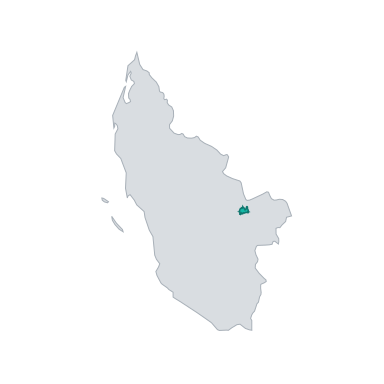 location of Guinope, El Paraíso, Honduras, rotated 253°
{"feature_id": "27666195B48819141488377", "entity_name": "Guinope", "entity_type": "district", "adm_level": 2, "iso_a3": "HND", "parent_name": "Honduras", "parent_adm1": "El Paraíso", "projection": "mercator", "projection_center": [-86.952, 13.873], "detail": "fine", "context": "in_parent", "style": "filled", "palette": "teal", "viewbox_px": 384, "rotation_deg": 253, "n_neighbors": 0, "source": "geoboundaries", "source_scale": "gbopen_adm2", "svg_char_len": 4326}
<svg xmlns="http://www.w3.org/2000/svg" viewBox="0 0 384 384"><g transform="rotate(253 192 192)"><path d="M341.7,180.1L329.3,179.3L323.4,180.9L320.9,184.3L318.6,185.9L316.8,185.5L313.1,186.9L307.5,190.0L302.4,191.1L297.9,190.4L296.6,191.1L296.2,192.2L295.5,193.1L293.8,193.7L291.8,193.4L289.5,192.3L288.3,192.8L288.2,194.8L287.0,195.3L284.7,194.4L282.1,195.1L279.2,197.5L275.1,198.0L269.9,196.6L265.8,194.0L263.0,190.2L259.5,189.2L253.5,192.1L251.0,195.4L250.5,197.4L251.0,199.3L249.9,200.5L247.1,201.1L245.0,203.4L243.6,207.3L243.3,210.3L244.1,212.5L242.8,214.0L239.1,215.0L234.8,218.4L229.8,224.1L224.8,228.1L219.9,230.4L217.5,232.9L217.7,235.7L217.4,236.6L216.4,236.9L214.8,237.3L205.3,231.3L202.6,227.1L200.2,227.7L197.3,229.8L193.1,234.5L188.5,241.0L186.4,241.7L175.1,240.7L169.1,241.3L167.9,242.2L167.4,244.5L167.7,247.7L169.3,259.0L170.3,263.6L169.4,265.1L166.3,265.3L162.4,266.0L160.2,268.1L159.7,270.3L159.5,273.4L158.3,276.5L155.8,278.8L153.4,279.6L140.0,280.2L140.2,275.0L136.4,272.9L134.2,268.5L132.2,265.6L132.9,263.8L132.7,261.7L127.2,260.1L122.1,261.3L119.2,260.5L117.0,259.4L120.7,256.8L121.0,255.2L119.8,254.1L118.6,253.3L118.9,250.4L119.7,246.9L121.8,238.9L121.0,237.5L117.6,235.0L113.3,234.8L108.5,235.5L106.2,234.3L104.2,231.5L100.8,230.2L94.7,232.4L88.3,235.7L86.4,237.0L84.7,236.8L84.0,234.3L83.7,231.3L83.3,230.6L79.9,229.5L75.9,228.8L73.9,228.0L72.0,226.0L67.2,223.3L66.1,221.4L59.8,217.0L58.5,214.8L57.0,213.2L54.0,211.1L51.6,211.6L43.5,209.1L42.3,208.8L43.4,206.6L45.9,203.2L51.5,199.3L52.0,196.2L50.5,190.3L49.1,186.4L49.8,184.7L51.6,177.7L52.9,176.1L60.9,172.6L61.7,172.1L68.0,167.2L75.0,161.7L82.3,155.6L90.4,148.9L94.9,144.9L97.0,143.2L101.7,144.6L105.4,141.4L107.5,140.4L112.5,136.5L114.1,135.7L122.4,134.1L126.5,134.2L130.0,138.0L132.8,140.2L138.1,138.3L142.5,137.9L160.8,141.6L168.0,140.0L181.3,139.6L187.3,140.5L195.8,135.4L201.2,134.4L207.6,132.0L206.8,129.5L205.2,128.4L215.0,129.5L229.5,134.7L244.9,133.7L250.5,130.9L254.1,130.1L269.9,135.5L274.1,139.6L277.3,140.0L279.8,139.0L280.5,138.2L277.4,137.3L276.0,136.0L288.4,138.5L311.9,157.9L312.4,159.4L302.4,153.7L297.1,154.2L295.7,155.1L296.0,158.2L296.5,159.7L298.7,159.8L300.4,159.0L304.6,160.0L307.3,162.1L310.6,165.2L312.6,168.7L314.8,168.7L316.9,166.7L320.9,166.4L323.5,168.7L325.3,168.6L322.7,165.0L316.7,161.4L318.1,161.3L331.5,167.7L335.3,175.8L338.4,177.6L341.7,180.1ZM184.3,110.6L176.5,114.5L174.1,114.5L177.7,111.4L183.4,108.8L188.2,107.6L192.2,108.1L184.3,110.6ZM210.8,106.4L207.1,109.3L206.4,108.0L208.2,105.3L210.4,103.8L212.6,104.0L212.1,105.1L210.8,106.4Z" fill="#d9dde1" stroke="#a8b0b8" stroke-width="1"/><path d="M159.2,231.5L158.8,232.0L158.7,232.0L158.4,232.0L158.3,231.9L158.2,231.7L157.8,231.6L157.7,231.6L157.4,231.6L157.2,231.5L157.2,231.4L157.0,231.2L156.9,231.2L156.9,231.3L156.7,231.5L156.8,231.7L156.8,231.8L156.9,232.0L157.0,232.3L156.9,232.3L157.0,232.4L157.0,232.5L157.2,232.9L157.2,233.0L156.9,233.1L157.0,233.2L156.9,233.2L156.8,233.3L156.8,233.5L156.7,233.5L156.5,233.8L156.5,234.0L156.4,234.1L156.5,234.2L156.5,234.3L156.8,234.5L156.8,234.8L156.9,235.0L157.0,235.2L156.9,235.3L156.8,235.6L156.7,235.7L156.8,235.8L156.7,235.9L156.7,236.0L156.6,236.3L156.6,236.5L156.6,236.9L156.7,237.0L156.8,237.2L156.8,237.3L156.7,237.6L156.6,237.8L156.6,238.0L156.5,238.3L156.5,238.5L156.4,238.6L156.2,238.7L155.8,239.6L156.3,240.1L156.5,240.2L156.5,240.3L156.6,240.2L156.9,240.3L157.0,240.3L157.3,240.4L157.5,240.3L157.4,240.3L157.5,240.3L157.5,240.2L157.6,240.3L157.8,240.3L158.0,240.4L158.3,240.4L158.5,240.4L160.2,240.1L160.3,240.2L160.3,240.3L160.5,240.4L160.8,240.5L161.0,240.5L161.3,240.5L161.5,240.6L161.8,240.5L161.9,240.4L162.0,240.3L162.0,240.2L161.9,239.9L161.7,239.8L161.6,239.7L161.4,239.6L161.2,239.5L161.0,239.4L160.9,239.4L160.8,239.2L160.7,239.2L160.4,239.0L160.4,238.9L160.2,238.8L160.0,238.7L159.9,238.6L159.8,238.4L159.7,238.3L159.7,238.2L159.7,237.9L159.5,237.7L159.4,237.5L160.3,237.3L160.6,237.2L161.6,237.1L162.3,236.5L162.7,236.4L163.1,236.3L162.9,236.2L162.7,236.0L162.5,235.9L162.4,235.9L162.2,235.8L162.0,235.7L161.9,235.6L161.9,235.4L161.9,235.2L162.0,235.1L161.9,235.1L161.8,234.9L161.8,234.7L162.0,234.6L162.1,233.5L160.6,232.2L160.4,232.1L160.2,231.9L159.9,231.8L159.8,231.7L159.7,231.7L159.4,231.7L159.2,231.6L159.2,231.5Z" fill="#14b8a6" stroke="#0f766e" stroke-width="1.5"/></g></svg>